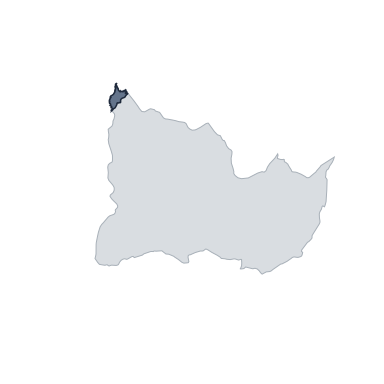 Bambouti, Haut-Mbomou, Central African Republic shown in context, rotated 217°
{"feature_id": "33826404B2470815195032", "entity_name": "Bambouti", "entity_type": "district", "adm_level": 2, "iso_a3": "CAF", "parent_name": "Central African Republic", "parent_adm1": "Haut-Mbomou", "projection": "equal_earth", "projection_center": [26.948, 5.504], "detail": "fine", "context": "in_parent", "style": "filled", "palette": "slate", "viewbox_px": 384, "rotation_deg": 217, "n_neighbors": 0, "source": "geoboundaries", "source_scale": "gbopen_adm2", "svg_char_len": 7031}
<svg xmlns="http://www.w3.org/2000/svg" viewBox="0 0 384 384"><g transform="rotate(217 192 192)"><path d="M252.1,138.2L254.9,139.2L255.4,140.4L254.6,144.2L255.2,146.6L256.7,148.6L258.4,149.5L259.9,150.0L265.3,151.2L267.6,152.6L270.5,157.1L274.3,161.2L275.2,163.3L275.0,165.3L273.9,167.7L274.1,168.7L275.8,171.1L277.7,173.5L281.3,176.2L287.5,180.5L290.4,183.4L291.4,185.5L293.0,187.9L295.2,190.0L296.7,191.7L295.6,196.4L295.9,197.9L296.5,199.2L297.8,201.1L298.3,203.5L299.6,206.4L301.1,207.8L303.7,208.3L305.1,209.6L307.9,212.0L310.6,214.0L311.8,215.4L312.5,216.7L313.1,218.2L313.4,219.6L313.5,222.8L314.0,226.7L315.4,229.4L316.8,231.4L311.2,229.1L310.4,229.1L309.4,229.5L306.5,232.3L305.6,232.7L301.9,232.1L293.0,229.8L286.2,227.7L284.1,226.9L280.5,226.1L278.0,227.6L275.8,232.6L275.1,233.6L271.6,235.1L269.9,234.7L265.8,236.1L259.4,234.0L257.1,234.4L255.4,235.5L250.8,237.8L248.0,239.1L244.8,240.3L241.7,242.1L239.7,243.1L237.6,243.0L235.8,242.0L233.8,241.1L231.4,241.0L229.0,241.5L226.8,243.5L226.0,244.9L224.2,248.7L222.0,254.9L221.1,256.2L220.4,256.8L210.4,253.7L206.1,253.0L203.2,254.0L199.6,252.2L198.0,251.9L197.3,252.5L195.3,251.7L192.0,249.6L188.8,248.7L186.0,249.0L184.3,248.3L182.9,246.2L181.1,242.5L177.9,238.7L173.6,235.7L170.9,233.5L169.8,231.9L167.5,231.1L163.9,231.0L160.5,232.4L155.5,237.1L150.9,246.7L148.3,250.4L146.3,251.3L145.7,253.6L146.7,257.3L147.0,261.5L146.2,268.7L146.5,274.0L145.4,273.1L144.4,270.7L143.9,270.2L140.8,271.3L139.3,272.3L138.4,273.3L137.8,273.4L136.8,272.1L136.1,271.8L134.9,272.1L133.7,272.0L132.9,271.9L132.4,272.0L130.9,271.2L125.7,269.2L124.8,268.5L123.8,268.6L121.1,270.3L119.7,270.8L115.4,271.9L110.7,272.5L109.0,272.5L107.8,273.3L107.0,274.4L105.5,281.0L105.1,282.1L105.2,283.8L104.8,289.1L104.9,290.8L99.4,305.5L98.5,303.1L97.9,300.2L97.7,296.9L97.8,296.0L97.5,295.1L97.0,292.4L97.5,290.6L97.1,288.8L96.0,287.1L95.1,285.7L94.5,284.5L94.0,283.9L93.0,283.8L91.5,283.1L85.4,274.5L79.1,264.9L77.8,261.7L77.3,259.9L78.9,259.7L79.3,259.4L79.3,258.6L78.3,256.1L77.9,252.9L77.1,251.0L74.6,248.0L72.3,245.8L71.5,244.6L71.1,243.0L70.2,232.6L69.9,229.6L69.1,228.3L68.6,227.7L68.4,227.0L68.5,225.1L68.8,223.5L68.8,222.8L69.5,221.4L69.5,211.7L68.8,210.4L67.3,210.4L66.6,209.0L66.0,207.2L66.2,206.0L67.6,204.0L68.5,203.2L71.2,201.7L72.0,200.9L72.5,200.0L72.8,198.7L74.4,193.8L76.8,188.8L77.8,187.8L80.2,180.5L80.8,178.7L81.2,176.8L82.0,175.3L84.6,172.9L86.6,168.6L88.7,168.8L90.8,169.5L93.6,169.8L95.8,169.0L97.2,167.3L104.0,164.4L104.5,162.1L105.6,160.9L106.8,159.8L107.2,159.7L107.3,160.5L108.0,162.9L109.5,165.2L111.8,167.9L112.4,167.7L113.8,165.7L117.3,164.5L118.2,163.9L120.8,161.0L123.8,159.2L125.5,158.5L128.6,156.6L130.7,156.9L134.2,156.6L139.9,155.7L144.1,155.4L146.2,155.0L146.8,154.6L147.6,151.8L148.2,151.1L149.8,149.9L152.9,145.7L154.9,142.1L155.5,140.9L156.0,140.6L156.8,139.1L156.0,137.6L152.6,134.5L152.6,134.0L152.4,133.5L152.6,133.1L154.0,131.8L155.7,130.3L157.6,129.8L162.5,129.9L166.7,129.6L167.7,129.7L171.0,128.9L173.2,128.3L175.5,126.8L180.7,126.9L185.1,123.1L186.3,122.4L186.9,121.8L187.0,121.2L189.1,119.7L191.3,116.5L193.2,113.7L193.7,111.7L198.6,104.9L200.3,105.1L201.1,104.3L203.1,99.7L203.7,98.9L205.7,98.1L206.7,96.8L207.5,94.8L207.6,92.3L207.2,90.4L207.2,89.4L207.7,88.5L208.5,87.6L212.2,85.2L213.1,84.0L213.7,83.0L214.8,82.8L215.9,82.9L216.6,82.2L217.4,81.1L220.0,79.7L222.4,78.5L224.9,79.0L229.4,80.5L230.8,83.7L231.4,84.8L237.0,92.4L238.1,94.2L240.8,99.8L242.5,103.5L244.4,108.9L244.6,111.8L244.3,114.3L243.9,121.4L243.4,123.4L240.9,127.2L240.8,129.0L241.3,130.4L242.1,131.0L242.5,131.7L242.2,135.0L243.1,136.3L245.0,137.2L249.7,137.8L252.1,138.2Z" fill="#d9dde1" stroke="#a8b0b8" stroke-width="1"/><path d="M302.7,232.0L302.8,232.0L302.8,231.9L302.8,231.7L302.8,231.8L302.8,231.7L302.9,231.8L303.0,231.9L303.2,231.7L303.3,231.7L303.5,231.6L303.5,231.8L303.5,231.6L303.8,231.7L304.0,231.5L304.1,231.4L304.1,231.5L304.3,231.5L304.5,231.5L304.5,231.4L304.6,231.5L304.5,231.9L304.5,232.0L304.6,231.9L304.6,232.0L304.8,231.9L304.8,232.1L304.7,232.3L304.8,232.3L304.9,232.5L305.0,232.7L305.1,232.8L305.2,233.0L305.3,233.0L305.5,233.0L305.6,232.9L305.5,232.7L305.6,232.8L305.6,232.7L305.7,232.8L305.8,232.8L306.0,232.9L306.1,233.0L306.2,233.3L306.3,233.2L306.3,233.3L306.5,233.4L306.5,233.2L306.7,232.9L306.7,232.7L306.8,232.7L306.8,232.4L306.8,232.2L307.0,232.4L307.1,232.2L307.2,231.8L307.3,231.8L307.3,231.6L307.4,231.4L307.5,231.3L307.4,231.2L307.5,231.1L307.7,230.9L307.6,230.6L307.8,230.6L308.0,230.4L308.3,230.3L308.3,230.1L308.5,230.1L308.6,229.9L308.8,229.9L309.0,229.8L309.1,229.7L309.3,229.6L309.6,229.4L309.8,229.3L309.8,229.2L309.9,229.3L309.9,229.2L310.0,229.1L310.3,229.0L310.5,228.9L310.9,228.9L311.0,228.9L311.3,228.9L311.5,228.9L311.7,229.0L311.8,229.0L312.0,229.1L312.2,229.3L312.4,229.3L312.5,229.4L312.6,229.5L312.8,229.7L312.9,229.9L313.0,229.9L313.1,230.0L313.3,230.1L313.5,230.3L313.8,230.4L314.1,230.3L314.2,230.5L314.4,230.6L314.5,230.7L314.9,230.9L315.2,230.9L315.4,231.0L315.5,231.2L315.6,231.3L315.8,231.3L316.0,231.5L316.3,231.7L316.6,231.8L316.8,231.9L317.0,232.0L317.5,232.3L317.5,232.5L317.7,232.8L317.5,233.2L317.6,233.3L317.6,233.5L317.7,233.8L317.7,233.7L317.7,233.3L317.8,233.0L318.0,232.1L317.9,231.9L317.7,231.9L317.5,231.7L317.4,231.7L317.2,231.3L317.1,231.0L317.1,230.7L317.1,230.3L316.7,230.0L316.8,229.8L316.7,229.7L316.6,229.8L316.5,229.5L316.4,229.5L316.2,229.6L316.0,229.3L316.1,229.2L315.9,229.0L315.7,229.2L315.5,228.8L315.4,228.9L315.2,228.6L315.2,228.2L314.9,228.0L314.9,227.8L315.0,227.6L314.8,227.4L314.9,227.0L314.7,226.7L314.5,226.9L314.4,226.8L314.4,226.6L314.2,226.2L314.3,226.1L314.2,226.0L314.2,225.9L313.8,225.6L313.8,225.4L313.9,225.1L313.8,224.8L313.8,224.5L313.6,223.9L313.7,223.6L313.5,223.1L313.7,222.3L313.7,222.0L313.8,221.8L314.1,220.9L314.6,220.2L314.6,219.9L314.4,219.6L314.5,218.8L314.5,218.6L314.3,218.6L314.1,218.5L313.7,218.6L313.6,218.0L313.7,217.3L313.7,217.2L313.4,217.0L313.4,216.9L313.3,216.6L313.4,216.1L313.2,215.9L312.9,215.5L312.9,215.2L312.9,214.9L312.5,214.8L312.3,214.8L312.2,214.8L312.1,214.6L312.0,214.4L312.1,214.2L311.9,213.9L311.7,213.9L311.6,213.7L311.4,213.6L311.4,213.4L311.2,213.3L311.1,213.2L310.5,213.4L310.3,213.4L310.0,213.2L309.9,212.9L309.7,212.8L309.7,212.5L309.6,212.4L309.6,212.1L309.2,212.3L309.1,212.0L309.0,211.8L308.8,211.8L308.5,211.9L307.9,211.7L307.7,211.8L307.4,210.7L307.0,210.9L306.3,211.0L306.1,210.9L305.9,210.8L305.7,210.8L305.7,210.3L305.6,210.0L305.6,209.8L305.5,209.7L305.8,208.7L305.6,208.5L305.1,209.0L305.0,208.7L304.8,209.7L304.7,210.2L304.8,210.7L304.8,211.3L304.2,212.4L304.1,213.4L304.3,214.5L304.4,215.4L304.7,216.7L304.9,217.2L305.2,217.4L305.3,217.7L305.3,218.1L305.1,218.5L304.9,218.6L304.6,218.6L304.4,218.8L304.2,218.9L304.0,219.1L303.9,219.7L303.1,220.1L303.0,220.5L303.1,220.9L303.6,221.4L303.7,221.7L303.9,222.0L304.4,222.5L304.6,223.0L304.2,224.9L303.1,226.5L302.9,227.0L302.8,227.7L302.6,228.0L302.9,228.6L302.9,229.1L302.8,229.8L302.8,230.6L302.5,231.3L302.7,232.0Z" fill="#64748b" stroke="#1e293b" stroke-width="1.5"/></g></svg>